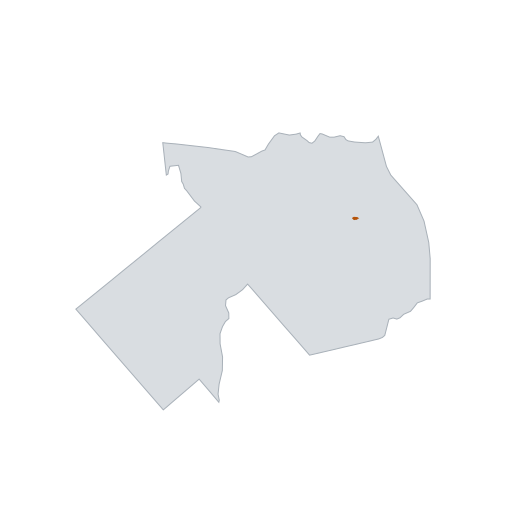 Jocotenango, Sacatepéquez, Guatemala (highlighted), rotated 229°
{"feature_id": "79465075B20964806196125", "entity_name": "Jocotenango", "entity_type": "district", "adm_level": 2, "iso_a3": "GTM", "parent_name": "Guatemala", "parent_adm1": "Sacatepéquez", "projection": "robinson", "projection_center": [-90.734, 14.586], "detail": "fine", "context": "in_parent", "style": "filled", "palette": "amber", "viewbox_px": 512, "rotation_deg": 229, "n_neighbors": 0, "source": "geoboundaries", "source_scale": "gbopen_adm2", "svg_char_len": 2027}
<svg xmlns="http://www.w3.org/2000/svg" viewBox="0 0 512 512"><g transform="rotate(229 256 256)"><path d="M109.3,359.2L111.2,357.0L112.8,352.1L114.8,347.0L113.6,341.1L112.9,336.3L115.1,329.3L114.9,324.1L116.0,320.9L119.3,318.8L121.1,314.8L111.6,301.1L111.6,298.0L112.9,294.2L120.6,279.5L129.8,262.1L139.9,242.9L146.0,231.4L168.1,231.4L182.8,231.3L201.4,231.3L221.6,231.3L234.8,231.3L240.3,231.2L239.4,223.7L240.1,215.4L242.5,207.8L242.5,204.5L238.5,200.4L230.9,198.1L226.6,194.5L226.6,189.9L224.7,184.4L221.0,177.9L213.3,171.3L201.7,164.5L191.7,155.5L183.5,144.1L176.6,136.7L171.3,133.7L170.0,132.0L185.6,132.2L200.4,132.3L200.5,116.0L200.6,101.5L200.7,85.1L227.5,85.1L259.5,85.1L292.7,85.1L318.7,85.2L334.1,85.2L333.4,105.5L332.6,129.1L332.1,146.4L331.3,169.5L330.6,193.1L329.5,225.3L328.8,246.1L329.2,246.6L337.9,245.6L350.8,246.5L354.0,246.4L357.9,248.2L361.0,248.8L367.6,253.5L375.3,257.0L380.2,249.9L377.6,245.6L375.6,243.4L375.9,241.4L402.7,260.0L399.6,262.8L392.8,269.4L380.5,280.7L369.4,290.9L358.8,300.0L349.2,308.3L348.1,309.1L335.9,315.0L333.9,317.7L331.3,329.4L330.1,332.3L332.3,338.8L334.6,348.8L333.9,354.0L325.4,360.5L321.6,366.3L319.9,370.0L318.4,369.0L315.8,368.7L309.7,370.2L306.8,370.5L304.4,372.2L304.2,375.8L305.8,381.6L306.4,384.6L304.7,386.0L297.3,389.6L294.4,393.0L291.6,398.4L288.3,400.7L284.9,400.2L282.5,401.0L277.4,405.1L269.6,412.9L265.5,418.7L265.4,423.0L266.2,426.9L238.0,413.2L228.6,410.8L189.1,411.1L172.1,405.7L152.8,395.2L139.7,385.7L109.3,359.2Z" fill="#d9dde1" stroke="#a8b0b8" stroke-width="1"/><path d="M220.9,354.0L220.7,354.0L220.2,354.1L219.9,354.3L219.7,354.2L219.4,354.1L219.0,354.5L218.9,355.0L218.6,355.3L218.3,355.7L218.2,355.7L218.1,355.9L218.0,356.0L217.9,356.2L217.9,356.7L218.1,357.0L218.1,357.3L218.0,357.5L218.4,357.4L218.6,357.1L218.9,357.0L219.0,356.9L219.2,356.6L219.3,356.6L219.5,356.4L219.8,356.0L219.9,355.9L220.1,355.7L220.4,355.5L220.6,355.3L220.8,355.0L220.8,354.8L220.8,354.7L220.9,354.3L220.9,354.0Z" fill="#f59e0b" stroke="#b45309" stroke-width="1.5"/></g></svg>